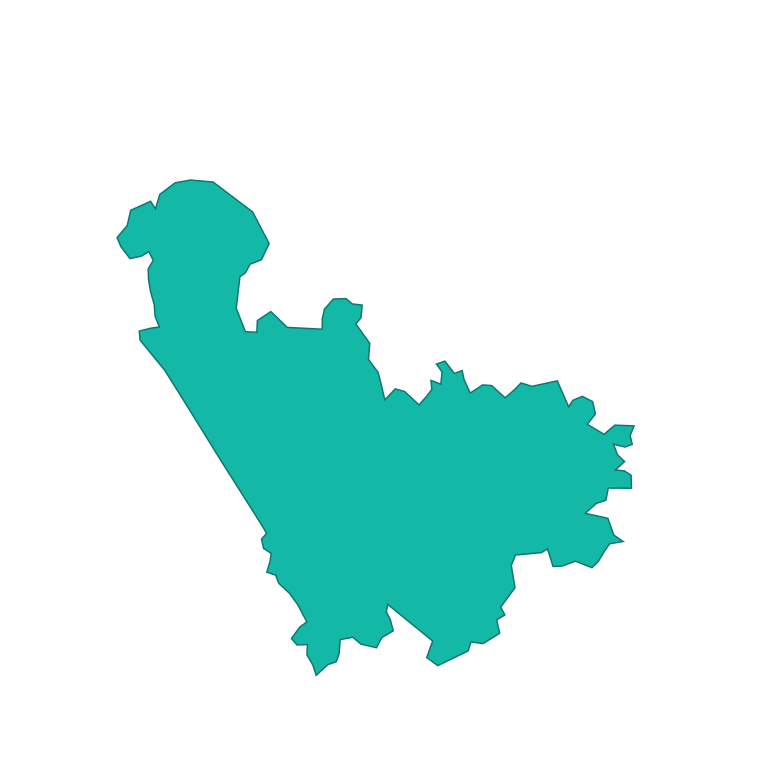 outline of Vila Maria, Rio Grande do Sul, Brazil, rotated 152°
{"feature_id": "56859067B98350178986845", "entity_name": "Vila Maria", "entity_type": "district", "adm_level": 2, "iso_a3": "BRA", "parent_name": "Brazil", "parent_adm1": "Rio Grande do Sul", "projection": "robinson", "projection_center": [-52.161, -28.575], "detail": "fine", "context": "isolated", "style": "filled", "palette": "teal", "viewbox_px": 768, "rotation_deg": 152, "n_neighbors": 0, "source": "geoboundaries", "source_scale": "gbopen_adm2", "svg_char_len": 2019}
<svg xmlns="http://www.w3.org/2000/svg" viewBox="0 0 768 768"><g transform="rotate(152 384 384)"><path d="M419.2,597.5L440.1,642.6L459.0,654.9L473.9,659.7L492.8,656.7L503.6,646.0L504.3,654.9L526.1,656.3L536.4,644.4L551.0,638.6L551.8,628.5L549.4,614.0L538.2,610.8L529.5,611.3L529.7,601.5L538.2,596.3L543.0,586.5L546.8,575.0L549.6,561.9L554.3,551.3L555.6,539.8L563.8,542.8L575.3,545.6L578.8,537.2L571.2,499.2L569.3,473.6L563.8,390.7L558.1,315.6L557.8,307.2L565.0,304.6L567.5,295.3L563.1,287.4L567.9,280.9L575.8,272.8L569.4,266.2L570.5,257.5L565.7,243.4L563.8,230.0L563.8,210.2L572.2,209.0L585.2,202.8L583.3,194.4L573.9,189.9L579.2,181.1L578.8,168.8L580.7,158.6L565.3,162.6L556.6,161.2L550.2,167.0L542.7,178.9L530.4,175.0L526.6,165.3L514.5,154.7L504.8,161.2L491.7,161.7L489.0,173.2L489.0,181.5L484.2,187.7L461.7,134.2L474.7,122.4L468.7,110.1L435.0,108.8L428.3,115.5L418.5,108.3L398.9,109.6L395.2,122.9L385.7,123.4L385.7,132.2L364.0,142.6L356.8,164.0L348.2,171.3L324.1,161.2L317.0,161.7L320.4,143.5L311.8,139.5L298.3,137.8L286.6,124.2L277.9,126.8L268.6,132.5L259.8,137.0L246.8,132.7L252.0,142.6L249.4,160.3L267.0,175.3L252.8,178.9L242.7,177.2L234.8,186.8L214.4,175.8L208.7,187.3L212.5,194.4L220.1,199.5L208.0,202.6L211.1,212.1L209.6,223.1L200.8,215.2L193.1,214.2L190.9,222.9L182.8,229.6L199.5,239.3L213.4,236.3L223.4,253.0L211.4,258.3L208.1,270.5L214.7,280.0L225.0,280.9L231.7,277.2L229.5,305.4L254.5,312.5L262.5,320.6L271.2,317.8L283.5,314.9L289.7,332.1L297.4,336.9L312.1,335.5L311.3,350.0L308.7,359.2L316.9,360.3L319.5,375.6L328.3,377.0L327.1,367.3L333.9,357.2L340.8,365.1L344.4,356.7L352.0,353.2L362.9,349.1L369.3,367.7L376.3,374.4L390.7,369.6L386.4,385.9L383.8,396.9L386.1,413.2L377.5,426.5L380.6,450.2L373.2,453.3L366.2,463.9L374.4,469.6L377.5,477.2L388.8,482.8L401.5,478.0L407.9,470.5L412.8,461.4L442.9,479.4L449.9,501.1L466.0,499.5L472.0,489.4L481.8,495.2L478.9,520.3L470.3,532.7L460.9,546.3L454.0,547.3L446.1,552.6L433.8,551.3L419.5,561.9L419.2,597.5Z" fill="#14b8a6" stroke="#0f766e" stroke-width="1.5"/></g></svg>